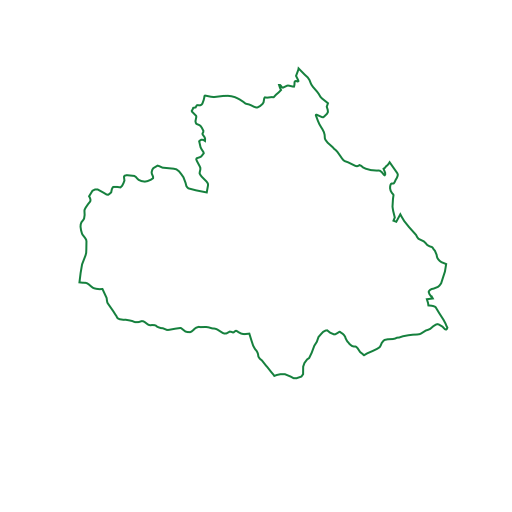 Song Cong, Thái Nguyên, Vietnam (Equal Earth projection), rotated 328°
{"feature_id": "81297802B66276855595229", "entity_name": "Song Cong", "entity_type": "district", "adm_level": 2, "iso_a3": "VNM", "parent_name": "Vietnam", "parent_adm1": "Thái Nguyên", "projection": "equal_earth", "projection_center": [105.825, 21.486], "detail": "fine", "context": "isolated", "style": "outline", "palette": "green", "viewbox_px": 512, "rotation_deg": 328, "n_neighbors": 0, "source": "geoboundaries", "source_scale": "gbopen_adm2", "svg_char_len": 6141}
<svg xmlns="http://www.w3.org/2000/svg" viewBox="0 0 512 512"><g transform="rotate(328 256 256)"><path d="M419.0,247.3L417.4,248.1L415.4,248.7L413.6,248.9L412.3,249.5L410.4,249.6L409.6,253.9L408.7,255.4L407.9,255.7L407.5,254.9L407.1,251.6L406.3,249.4L404.9,248.2L404.0,247.8L398.9,244.0L395.3,240.1L393.7,237.6L393.0,235.3L391.9,233.7L390.9,233.8L389.2,233.4L388.0,232.2L383.7,225.3L381.5,222.5L380.9,221.0L380.6,218.7L380.5,215.9L380.2,210.8L379.7,208.3L379.0,206.4L378.8,204.8L376.8,197.9L376.5,194.9L376.5,193.8L376.8,192.6L378.4,189.6L379.2,187.0L379.5,183.9L379.5,181.1L379.6,177.8L380.1,174.3L381.3,168.4L381.6,168.1L381.8,168.1L382.3,168.3L385.5,173.1L386.4,173.9L387.5,173.9L391.6,173.0L393.3,172.0L394.3,170.0L395.1,166.9L398.0,164.6L395.4,157.2L395.0,155.2L395.1,151.8L394.9,149.1L393.9,142.7L393.8,140.0L394.0,138.3L394.6,135.2L394.5,132.0L393.4,128.0L391.5,119.5L390.7,120.4L385.4,124.5L384.9,129.5L384.5,130.2L383.8,130.1L382.7,128.8L382.0,128.5L380.9,128.9L379.3,131.2L378.0,132.5L377.2,132.0L373.9,128.7L372.9,128.1L368.0,127.5L367.4,126.5L367.3,124.7L367.0,123.7L366.2,123.2L365.5,126.0L365.2,128.5L361.9,129.3L358.5,129.8L355.2,130.7L354.7,130.5L353.6,129.6L349.3,127.6L347.6,126.2L346.6,126.6L343.8,129.7L342.1,130.5L338.9,131.0L336.0,130.8L334.9,130.2L333.4,128.4L331.7,125.6L330.4,123.8L328.2,121.6L327.7,120.8L327.0,118.7L325.1,114.6L323.8,112.4L322.2,110.0L319.8,107.5L317.1,105.3L313.0,102.9L304.5,98.9L302.1,97.0L298.0,93.1L297.5,92.9L297.2,93.0L296.9,93.2L296.4,93.9L294.4,95.9L291.2,98.4L289.9,98.8L288.4,98.6L286.2,97.0L285.8,96.9L285.1,97.1L283.5,98.0L281.3,97.1L280.1,98.0L278.4,98.9L278.2,99.6L279.5,105.4L279.1,106.4L276.1,109.6L275.5,111.2L275.5,112.4L277.4,115.1L277.9,116.5L278.0,118.6L277.7,122.0L276.7,123.2L275.6,123.7L275.1,124.7L275.3,127.0L275.3,128.3L274.9,129.7L273.7,131.4L272.8,129.5L271.2,128.4L269.7,128.4L268.6,128.6L266.6,134.4L266.4,136.7L266.5,139.8L266.3,140.7L266.1,141.2L263.1,142.3L261.9,142.6L260.5,142.4L257.6,141.7L257.2,141.8L256.5,142.5L256.2,144.2L255.8,150.1L255.5,151.8L254.5,153.3L252.6,155.2L251.9,156.2L251.8,158.0L252.0,160.0L253.5,166.6L253.6,168.5L253.4,169.6L252.7,170.7L247.9,176.0L239.9,168.5L234.5,162.8L234.1,161.4L234.0,159.8L235.0,156.7L236.2,150.8L236.0,147.0L235.6,143.4L234.4,140.3L232.4,138.3L223.5,131.5L221.6,128.6L220.4,127.2L215.5,127.1L213.9,127.8L211.9,129.6L211.2,131.2L210.9,133.3L210.6,134.5L209.9,135.5L207.3,135.6L203.7,135.0L201.1,134.0L198.5,131.7L196.8,129.2L196.3,127.3L196.0,125.3L195.2,123.6L189.3,119.0L187.1,118.3L186.2,118.7L185.7,119.5L184.4,122.3L182.2,124.0L179.7,125.5L177.4,126.0L174.8,123.8L171.5,121.8L170.7,122.0L169.1,123.0L166.9,125.3L164.4,125.7L163.0,125.7L161.8,124.6L160.3,121.6L157.0,115.7L154.8,114.3L151.9,114.0L146.1,116.9L146.0,118.5L145.6,120.2L144.8,121.5L144.0,122.0L141.1,123.0L137.2,124.7L135.2,125.9L134.5,126.7L132.4,130.4L130.0,133.2L128.6,133.9L125.8,134.9L124.1,136.3L122.7,138.2L121.3,141.4L120.3,144.8L120.2,146.0L120.6,149.9L120.6,152.1L120.0,153.7L115.6,160.5L113.6,163.4L111.8,165.1L104.1,170.9L98.4,177.3L92.3,184.8L94.7,186.7L97.2,188.4L98.2,189.5L99.1,191.3L100.1,194.5L100.8,196.4L101.7,197.7L103.2,199.2L105.8,201.3L108.3,202.6L107.1,212.3L106.7,213.3L106.1,214.5L105.4,216.3L105.2,217.3L105.7,227.5L105.7,231.2L105.8,232.8L105.6,234.8L105.8,235.7L106.8,237.3L109.7,239.8L111.7,241.0L114.8,243.8L116.7,245.7L117.5,246.9L118.5,248.1L119.8,248.9L121.6,249.9L124.4,250.6L125.6,251.4L126.5,252.8L127.7,255.9L128.1,256.9L128.7,257.8L129.9,258.9L131.2,259.4L133.3,260.9L134.2,262.0L134.7,263.6L135.7,265.0L137.1,266.7L138.7,267.9L141.3,271.5L142.8,272.4L149.1,274.9L153.8,277.0L154.3,277.6L156.1,282.6L157.7,284.3L159.9,285.7L161.3,285.9L164.2,285.5L165.1,285.2L167.3,285.1L169.8,285.7L171.4,287.0L176.0,289.7L178.0,291.4L180.5,294.2L182.4,295.6L183.6,296.9L184.3,298.0L187.1,303.8L188.1,305.0L189.9,306.0L193.7,306.2L195.1,307.5L195.9,308.6L196.5,308.9L198.4,308.7L199.0,308.7L199.5,308.9L200.3,310.1L200.7,311.2L202.3,313.9L203.7,315.3L205.1,316.3L209.2,318.3L207.4,325.1L206.1,330.4L206.0,331.6L205.9,333.5L205.9,334.9L206.2,336.4L206.1,338.6L205.7,340.3L204.8,342.4L204.7,343.2L204.8,345.0L205.1,346.1L205.5,347.1L205.7,347.9L206.4,354.4L206.7,355.9L207.4,362.4L207.9,365.7L208.0,367.4L210.5,367.9L214.1,369.2L217.9,371.6L221.4,376.5L223.1,379.5L225.5,381.1L230.6,382.3L233.3,381.2L237.4,374.8L240.4,372.4L244.5,370.8L247.0,370.7L251.9,367.6L257.9,363.0L262.1,361.0L266.1,357.8L270.4,356.5L272.8,355.9L275.5,356.1L277.0,356.8L278.2,360.3L280.6,363.8L281.8,364.4L283.8,364.5L286.5,364.5L286.8,364.6L287.1,365.0L287.3,365.7L288.3,367.9L288.7,369.5L288.8,371.7L288.4,373.2L288.2,375.7L288.2,377.1L288.5,378.3L288.6,379.8L289.1,381.6L289.8,383.3L291.1,384.7L292.2,385.3L292.7,385.9L292.9,386.4L293.3,388.1L293.4,392.5L293.7,393.5L294.5,395.6L294.8,397.0L295.0,397.4L298.8,397.5L304.8,398.4L309.4,398.9L311.7,398.9L313.0,398.7L314.7,397.7L316.5,396.4L319.0,395.5L320.5,395.3L323.5,396.4L328.0,398.9L330.1,399.7L332.3,400.0L334.2,401.0L338.0,401.9L343.1,403.9L347.4,405.9L350.9,407.9L353.4,409.0L354.9,409.2L360.6,409.2L362.9,409.8L365.2,410.1L369.1,409.5L372.2,409.5L373.7,409.9L374.7,410.9L376.7,414.7L377.4,418.1L378.2,419.1L379.2,419.0L380.3,418.2L380.5,416.0L380.9,413.8L381.2,409.5L381.1,401.4L381.2,394.6L380.9,393.9L379.9,392.5L378.3,391.0L376.0,389.3L377.0,387.0L378.0,383.2L383.4,385.7L383.5,383.5L383.1,383.5L382.9,380.2L383.4,378.0L384.0,377.5L384.9,377.2L385.8,377.0L387.5,377.1L389.4,377.8L393.9,378.6L395.9,378.3L398.5,377.3L408.0,369.3L413.0,363.6L410.0,359.5L409.2,357.6L408.8,355.4L408.8,353.5L409.3,351.9L409.8,350.7L410.5,346.4L410.2,344.4L410.2,342.5L409.8,341.4L408.9,340.5L407.7,338.7L406.9,336.9L406.8,335.5L406.1,332.6L402.9,327.5L402.7,325.4L402.9,323.0L401.1,312.6L400.2,304.9L400.3,299.8L400.5,297.1L393.1,301.3L391.3,298.9L394.1,296.9L396.2,290.5L397.1,288.3L397.9,286.5L402.4,280.2L404.9,277.2L405.0,276.5L404.7,274.8L404.7,273.1L404.8,271.9L405.6,269.6L406.7,268.0L407.7,267.0L408.8,266.4L409.4,266.4L410.6,267.2L411.4,267.4L412.9,266.7L415.0,265.3L416.5,264.6L418.2,263.4L419.3,262.3L419.6,261.3L419.7,260.5L419.0,247.3Z" fill="none" stroke="#15803d" stroke-width="2"/></g></svg>